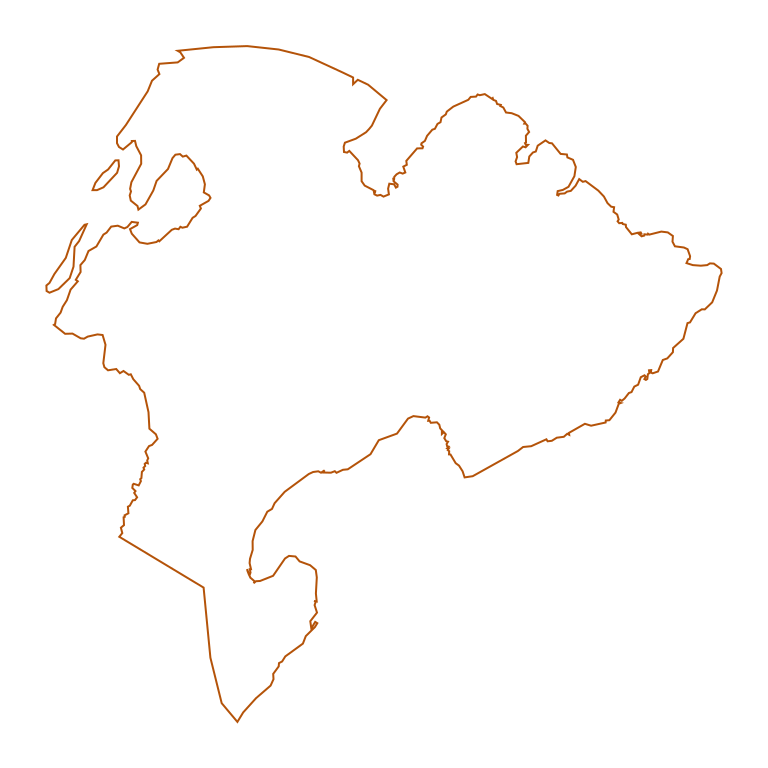 Buton, Sulawesi Tenggara, Indonesia (Albers equal-area conic projection)
{"feature_id": "22746128B86741169633217", "entity_name": "Buton", "entity_type": "district", "adm_level": 2, "iso_a3": "IDN", "parent_name": "Indonesia", "parent_adm1": "Sulawesi Tenggara", "projection": "albers", "projection_center": [122.919, -5.369], "detail": "fine", "context": "isolated", "style": "outline", "palette": "amber", "viewbox_px": 768, "rotation_deg": 0, "n_neighbors": 0, "source": "geoboundaries", "source_scale": "gbopen_adm2", "svg_char_len": 6066}
<svg xmlns="http://www.w3.org/2000/svg" viewBox="0 0 768 768"><path d="M386.6,100.1L368.1,84.7L357.8,79.8L353.1,84.2L353.1,77.5L342.9,72.6L309.1,57.0L278.7,49.5L247.2,46.1L213.4,47.2L177.7,50.8L180.3,52.3L184.0,57.8L177.7,62.4L159.2,63.8L157.6,69.6L159.4,74.1L152.0,80.7L147.7,91.3L125.9,125.0L117.0,136.5L117.0,143.2L119.0,147.0L123.0,149.5L131.8,142.2L131.8,141.0L135.0,140.9L136.3,146.2L141.1,155.3L141.2,163.8L131.4,182.2L130.1,188.9L131.0,191.4L129.7,195.4L130.8,200.6L137.5,206.0L138.4,209.6L145.5,204.4L153.3,190.5L156.6,180.9L168.0,169.0L172.5,158.1L175.4,154.7L180.0,154.1L182.8,156.6L186.4,155.6L194.0,163.7L196.8,169.6L197.8,168.7L202.8,176.4L204.9,184.3L203.8,192.4L209.1,195.4L210.5,197.9L208.5,200.9L199.8,205.8L200.9,208.5L195.5,216.0L192.6,217.8L187.1,226.7L182.4,227.7L180.4,226.8L178.6,229.2L175.0,228.6L171.8,229.8L159.3,241.3L158.4,240.4L156.5,242.0L147.4,243.8L139.5,242.4L131.8,233.7L130.0,229.1L137.2,225.1L137.9,222.7L131.7,221.9L127.4,227.0L124.3,228.4L117.8,225.7L111.2,226.6L106.6,232.6L103.4,234.6L96.4,246.5L88.5,251.0L84.8,260.0L80.4,265.1L80.6,272.0L75.8,279.8L77.8,281.3L70.6,289.6L66.9,300.2L62.7,306.8L60.6,312.6L56.0,318.4L55.1,324.1L53.9,324.9L65.1,333.8L72.5,333.6L80.7,338.3L84.0,338.7L87.7,336.6L97.5,334.4L102.6,335.0L105.5,344.8L103.3,363.2L104.4,367.2L108.0,370.3L116.2,369.0L119.9,373.2L123.5,371.0L128.8,374.8L130.8,374.3L133.3,379.2L139.1,385.8L140.2,389.1L144.2,392.7L148.5,412.2L149.4,428.7L155.9,434.3L157.6,438.8L152.1,444.9L149.0,446.1L145.4,451.6L148.2,458.3L147.2,460.5L147.8,463.3L145.9,462.8L144.7,463.9L145.2,466.0L143.5,467.7L144.2,469.5L141.9,471.9L141.4,478.1L140.2,479.2L140.9,481.1L138.7,485.4L133.7,483.8L132.8,484.6L132.3,487.9L135.5,491.1L134.2,492.9L137.1,497.3L135.0,500.1L132.8,500.3L129.8,505.7L127.9,506.7L128.4,513.3L124.6,515.3L124.8,516.8L123.6,517.3L124.0,525.1L120.9,527.7L122.3,533.1L119.3,536.8L203.6,587.6L210.4,657.7L221.7,703.2L237.4,721.9L243.2,712.4L256.1,698.1L270.6,685.6L273.5,679.2L273.2,673.9L278.7,666.4L279.0,663.1L282.1,661.5L285.3,656.4L302.9,643.6L305.8,636.1L314.9,627.1L317.3,623.2L315.2,621.9L311.3,628.4L310.3,621.2L317.0,612.6L314.6,605.1L315.8,601.5L314.0,600.9L316.7,601.5L315.9,593.5L316.8,577.4L315.8,570.0L310.1,565.2L299.6,561.4L295.5,556.5L289.0,555.9L285.0,558.5L273.1,575.8L260.0,581.0L256.0,581.2L253.7,583.2L254.6,581.3L250.5,577.8L248.9,574.6L247.4,570.7L247.1,569.1L249.5,575.5L250.5,572.6L249.8,569.2L251.0,569.2L249.6,563.1L250.0,558.8L252.7,549.9L252.6,541.1L255.4,530.0L262.4,521.4L267.3,511.7L272.0,508.9L274.6,503.2L284.7,491.8L308.8,474.0L313.1,472.0L318.3,471.3L321.0,472.7L324.6,470.3L322.8,472.5L330.9,472.7L334.8,471.2L336.5,472.8L342.9,469.8L347.8,469.3L370.5,454.2L378.8,440.2L397.0,433.6L408.0,418.6L413.4,416.1L425.4,417.6L427.5,416.3L429.1,417.5L428.2,420.8L429.6,420.8L430.8,422.8L436.9,422.3L439.3,424.7L440.2,428.4L443.5,431.9L441.9,431.5L441.9,434.0L443.9,432.2L445.8,434.3L444.3,438.1L446.2,441.2L448.0,441.7L446.6,444.1L447.1,446.1L448.6,446.6L447.3,448.1L448.9,448.3L447.7,450.0L449.2,451.2L449.0,454.4L450.5,454.5L455.7,463.2L459.0,465.6L462.6,471.3L464.6,477.4L472.7,476.2L517.9,451.0L523.1,447.0L531.2,446.2L546.4,439.3L547.6,441.3L551.8,440.8L556.8,437.7L563.8,436.8L567.2,433.8L569.2,434.8L568.9,432.9L584.9,423.8L591.1,425.7L605.6,422.5L605.8,420.5L609.4,420.2L615.5,412.6L618.8,403.7L620.7,403.0L618.5,402.4L620.1,399.8L621.8,400.8L624.6,398.5L628.9,393.0L631.5,392.1L634.3,386.6L638.1,384.7L640.8,377.2L644.5,375.3L645.7,376.5L644.4,379.1L645.8,379.9L647.3,379.0L647.9,374.2L649.4,373.1L649.0,370.3L651.2,370.1L650.9,372.6L652.7,373.3L658.0,371.5L662.8,360.0L667.3,358.4L672.9,352.2L673.1,348.0L683.4,338.8L687.5,323.1L690.0,322.4L695.6,313.2L701.8,309.3L704.8,309.4L712.2,302.3L717.0,290.5L719.7,276.6L721.6,273.1L721.0,269.0L713.8,263.6L709.9,263.4L707.2,265.1L700.8,265.7L692.8,265.1L686.5,263.1L688.2,259.2L689.7,259.0L690.1,256.2L687.6,249.2L683.9,247.5L674.9,246.3L672.5,241.7L672.9,236.0L667.8,232.4L661.3,231.6L649.3,234.6L648.0,233.7L647.6,234.6L644.4,234.3L644.2,235.6L641.6,236.3L637.6,232.8L631.8,234.3L626.0,227.1L625.8,224.7L622.7,224.0L622.3,222.9L619.2,223.2L617.6,221.3L618.7,219.5L617.2,214.5L613.5,211.8L614.1,207.2L611.2,206.7L607.5,203.1L603.9,196.5L598.3,190.6L585.6,181.1L582.8,181.8L579.2,179.1L575.6,185.7L570.8,190.9L567.1,191.6L564.7,193.4L559.4,193.8L558.4,195.5L557.1,194.9L557.7,191.1L562.9,189.9L568.5,186.8L574.4,176.2L575.8,167.0L573.0,159.8L567.4,157.4L566.9,154.5L560.6,153.9L552.0,143.3L549.3,143.0L545.5,140.4L537.7,145.7L535.8,151.5L532.9,152.5L529.3,156.5L528.3,162.9L516.6,164.2L515.6,161.4L517.1,157.1L516.3,152.8L522.9,146.5L525.6,147.3L527.9,144.9L525.8,144.8L525.0,143.1L526.0,142.5L525.9,135.7L529.1,132.0L527.4,128.8L527.6,125.8L525.7,123.6L524.3,123.6L525.0,122.2L518.5,115.9L511.7,113.2L506.0,112.5L503.3,107.5L500.3,106.0L500.8,104.9L497.1,104.0L496.0,100.9L493.3,99.9L492.7,98.1L491.9,98.8L484.8,94.1L479.8,95.2L477.6,94.5L476.0,96.6L470.7,96.9L468.3,99.8L453.3,106.6L446.8,111.6L445.8,114.4L441.5,117.5L440.5,122.2L437.5,123.9L434.9,128.8L432.3,129.7L427.1,135.8L424.9,140.9L421.5,143.3L421.2,144.7L423.1,146.6L422.5,148.3L417.1,148.4L406.3,160.9L406.8,164.8L403.3,166.6L405.3,172.5L402.7,173.6L399.7,172.5L396.6,174.3L394.3,176.8L394.0,180.5L393.2,177.7L393.6,181.3L397.6,184.6L397.5,186.7L395.9,187.6L394.1,184.3L389.3,183.7L388.1,188.7L388.9,194.4L383.5,196.6L380.5,194.9L377.1,195.6L374.4,194.3L373.6,190.2L364.7,185.6L361.6,181.2L361.6,172.6L358.9,166.2L359.6,163.6L358.0,160.2L349.3,150.9L347.1,152.6L344.0,152.0L343.7,146.6L344.9,142.7L355.8,138.7L366.1,132.2L369.2,128.9L371.9,125.6L379.9,108.8L386.6,100.1ZM49.5,292.7L58.4,289.1L69.7,278.1L73.5,266.7L74.6,246.8L79.1,241.1L86.7,224.3L84.5,224.8L71.8,240.0L65.8,257.9L54.4,274.0L49.5,282.9L46.4,285.5L46.6,291.0L49.5,292.7ZM118.5,160.3L115.3,160.4L108.1,169.5L102.9,173.1L95.4,182.9L92.6,190.1L97.1,190.1L103.5,187.3L117.1,172.8L119.0,166.3L118.5,160.3ZM640.7,232.4L639.2,232.6L639.7,234.1L641.4,233.7L640.7,232.4ZM375.1,192.1L375.4,190.2L374.5,193.2L375.1,192.1Z" fill="none" stroke="#b45309" stroke-width="2"/></svg>